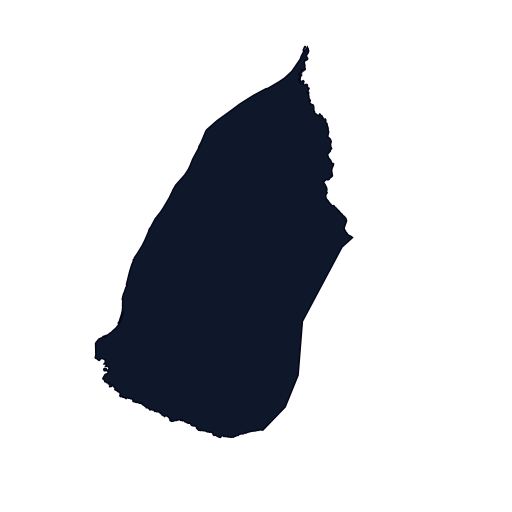 Pormpuraaw, Queensland, Australia (Mercator projection), rotated 39°
{"feature_id": "25037944B5517287997374", "entity_name": "Pormpuraaw", "entity_type": "district", "adm_level": 2, "iso_a3": "AUS", "parent_name": "Australia", "parent_adm1": "Queensland", "projection": "mercator", "projection_center": [141.801, -14.654], "detail": "fine", "context": "isolated", "style": "filled", "palette": "ink", "viewbox_px": 512, "rotation_deg": 39, "n_neighbors": 0, "source": "geoboundaries", "source_scale": "gbopen_adm2", "svg_char_len": 6073}
<svg xmlns="http://www.w3.org/2000/svg" viewBox="0 0 512 512"><g transform="rotate(39 256 256)"><path d="M164.5,61.4L165.0,66.6L164.5,67.5L165.4,72.1L166.5,75.2L167.7,90.1L166.2,99.9L164.2,106.4L160.3,116.8L159.2,119.2L158.6,119.5L158.1,120.6L153.0,132.7L147.9,147.7L144.0,162.8L140.6,175.2L138.3,188.6L138.3,190.1L141.8,202.0L142.8,207.1L143.6,208.5L145.8,220.3L148.1,227.8L149.0,231.7L149.6,238.0L149.0,251.4L150.0,257.5L150.4,258.5L152.0,265.5L153.7,276.9L154.2,281.8L154.2,287.7L154.6,288.2L154.2,289.2L154.2,290.1L156.1,300.0L156.1,302.5L156.6,302.8L156.7,303.8L157.3,305.0L159.8,314.0L161.0,319.5L162.3,329.5L162.6,334.0L163.0,334.3L163.2,335.2L163.0,336.3L163.5,336.6L164.1,338.0L165.0,341.1L167.6,347.6L173.1,359.4L173.6,360.1L174.6,360.5L174.7,362.4L176.5,367.1L176.7,368.3L177.8,370.9L179.3,373.8L179.7,373.6L184.3,379.5L185.0,380.1L185.6,381.4L186.4,382.3L188.2,386.0L190.9,392.9L191.0,394.5L191.4,395.0L191.6,394.9L191.4,393.9L190.7,391.8L188.2,384.9L186.9,382.7L186.9,382.3L187.5,382.6L188.3,383.5L190.1,387.3L190.9,390.2L191.7,392.1L192.4,395.6L192.5,400.3L191.9,403.7L191.6,406.6L191.2,407.4L189.5,414.6L188.7,415.0L188.7,414.2L189.5,413.2L189.3,412.5L188.0,414.6L187.7,416.0L187.8,417.1L187.2,417.4L186.2,419.1L186.1,423.8L186.4,425.0L193.8,433.7L195.0,436.2L195.7,436.4L197.0,436.0L199.6,436.0L200.0,435.5L199.9,433.8L200.1,433.3L201.3,432.3L203.0,431.8L204.2,431.9L205.6,433.0L205.9,434.1L205.7,435.2L205.9,435.6L206.8,434.7L207.3,434.5L208.5,435.1L208.5,436.3L210.2,435.2L211.4,435.1L212.0,435.3L213.1,436.8L213.0,437.8L212.8,438.2L212.0,438.5L210.6,437.9L209.7,438.0L209.1,438.6L208.8,439.5L209.3,440.2L210.0,440.6L210.6,440.5L211.6,439.4L212.5,438.9L213.8,438.9L214.3,439.3L214.6,440.8L213.3,443.0L213.8,446.6L214.2,447.8L216.3,447.8L217.5,448.8L218.4,448.3L219.8,448.4L220.9,447.6L221.9,448.3L222.8,447.6L223.2,447.7L224.0,448.1L224.0,449.3L224.5,449.7L225.7,448.4L225.5,447.0L226.4,446.5L227.6,447.2L228.8,446.9L229.4,447.0L229.8,447.4L230.1,448.4L231.0,448.7L232.1,448.0L232.9,448.1L233.5,448.5L234.4,448.0L236.2,448.0L237.6,448.8L237.9,450.0L238.6,450.6L239.2,450.6L239.8,449.5L241.1,449.7L241.9,449.2L243.8,448.5L244.8,448.6L245.0,448.1L244.7,447.6L244.8,447.0L246.3,446.7L247.6,445.9L248.9,445.7L249.5,444.9L250.3,444.9L251.6,446.1L252.1,446.4L254.1,445.4L255.1,445.2L255.5,444.5L258.1,443.7L259.5,442.9L259.9,442.1L260.3,442.6L260.9,442.5L261.1,442.8L261.7,442.9L263.2,442.5L264.2,442.7L265.4,442.5L266.2,443.0L267.0,442.3L268.5,441.9L270.4,442.4L271.5,441.0L272.6,440.7L273.5,440.0L275.2,440.5L276.0,439.6L276.8,439.5L278.2,438.5L280.1,437.9L280.6,438.0L280.8,438.5L282.0,438.0L282.8,438.6L284.6,438.4L285.2,438.0L285.9,438.3L286.2,437.3L286.8,436.6L288.7,436.2L291.2,436.6L292.7,437.9L294.3,437.7L295.5,436.6L296.5,434.8L297.6,434.0L299.2,431.6L300.4,430.9L300.9,431.2L301.4,430.8L301.6,430.0L302.6,430.3L303.6,429.3L304.3,429.2L305.4,429.6L306.7,428.8L307.7,429.0L308.9,428.4L309.7,427.6L310.6,427.6L312.3,428.1L313.4,427.9L315.6,426.5L316.9,426.1L317.2,426.2L318.2,427.2L321.0,427.5L323.1,426.3L324.0,425.2L325.2,424.9L326.6,423.7L328.3,423.5L329.0,423.2L329.3,422.6L329.8,422.6L330.2,422.1L330.4,422.3L330.8,422.2L331.4,421.5L333.5,420.7L334.0,420.8L335.1,421.8L336.1,421.9L337.5,420.6L338.4,420.7L339.4,420.2L340.4,420.3L342.3,419.6L342.6,418.8L342.3,417.4L343.2,416.5L344.6,416.5L345.2,415.9L347.5,414.4L348.4,414.2L349.2,413.2L350.6,412.8L351.2,411.9L352.6,410.9L352.8,409.4L353.4,409.0L354.1,407.5L355.0,406.8L355.2,405.1L356.4,403.6L357.6,402.7L358.3,401.7L358.4,400.5L358.7,400.2L359.3,400.2L359.7,399.9L360.1,398.7L363.2,394.5L364.2,393.8L364.3,393.4L364.9,392.8L365.3,392.6L365.9,392.0L366.0,391.4L367.8,389.8L368.4,388.6L370.9,387.0L373.7,355.0L363.7,322.1L333.2,277.6L317.2,194.9L319.4,180.9L317.7,180.9L315.3,181.5L313.9,181.6L312.1,181.0L310.5,180.8L309.5,180.1L308.2,180.0L306.9,178.6L306.3,177.5L304.4,171.9L303.2,170.8L302.0,170.2L299.5,169.7L297.9,169.9L296.5,169.3L295.1,169.5L292.2,168.8L290.0,168.7L287.9,168.3L286.7,168.5L285.5,167.9L284.5,168.0L283.8,169.0L283.3,169.3L281.6,168.7L279.3,168.5L278.0,167.9L274.7,167.3L273.1,166.3L271.7,164.4L271.5,162.1L270.1,161.4L269.3,159.7L268.0,158.6L264.9,157.1L262.0,156.3L262.3,152.6L262.6,152.2L263.7,151.7L264.5,150.9L264.6,150.4L264.3,149.3L264.9,146.9L265.0,145.6L261.0,142.0L260.0,140.2L258.9,136.6L258.3,135.6L257.6,135.6L257.0,136.4L253.8,134.7L250.6,134.0L248.3,132.6L247.6,131.5L247.7,127.7L247.2,126.8L247.1,124.8L245.8,124.3L244.5,123.2L243.4,122.0L242.5,119.8L241.4,119.0L239.7,118.3L237.8,118.3L236.5,118.0L234.5,114.0L233.9,113.4L232.6,112.6L231.6,111.2L229.3,109.8L227.8,108.4L226.6,108.4L226.0,108.1L225.3,107.4L224.9,106.6L223.7,105.9L223.2,106.6L221.4,107.3L221.1,106.5L220.7,106.7L220.5,106.4L218.9,105.6L217.3,105.9L216.7,105.4L216.0,105.7L216.1,106.1L216.5,106.4L216.3,106.7L216.3,107.5L215.8,108.0L213.4,107.8L212.2,108.2L211.5,108.1L211.1,107.3L210.1,106.9L208.8,105.9L207.7,104.4L205.8,102.8L204.9,102.8L203.4,103.3L201.7,103.3L200.4,102.2L200.7,101.5L200.2,100.9L198.8,100.4L197.9,100.3L197.0,99.0L195.8,98.1L195.6,97.7L194.8,97.7L194.2,96.9L194.6,96.5L194.3,96.1L193.9,96.9L193.3,96.7L193.0,96.9L193.1,95.5L192.5,95.0L192.1,94.1L191.4,93.6L191.5,93.3L192.0,93.0L191.7,92.3L191.2,92.3L190.3,92.9L188.2,90.7L187.7,90.6L186.9,91.1L186.6,92.5L185.9,92.9L184.3,92.1L183.3,90.1L182.4,90.0L181.9,90.8L182.0,91.6L182.7,92.0L182.7,93.2L182.5,93.6L182.0,93.7L180.8,93.5L181.0,92.2L180.4,91.9L180.0,92.3L179.3,91.2L178.8,91.3L178.2,91.8L178.3,91.3L177.9,90.9L178.6,90.1L178.3,89.4L177.3,88.6L177.8,87.4L177.8,87.0L177.5,86.6L176.7,86.8L175.6,88.2L174.5,87.7L174.6,86.4L175.6,86.0L176.3,84.9L175.3,83.2L174.2,82.5L174.9,82.4L175.6,82.9L176.1,82.7L176.5,82.1L176.4,81.1L176.9,80.1L175.0,78.4L174.0,77.0L172.9,76.3L171.6,75.1L171.2,74.2L171.3,73.1L172.2,71.4L172.2,70.5L171.7,69.8L170.8,69.8L168.9,68.4L168.6,65.1L167.9,63.5L165.8,61.9L165.4,62.1L164.5,61.4ZM163.0,63.0L162.8,62.4L162.5,62.2L162.2,62.4L162.3,63.4L162.9,65.7L163.3,66.5L163.7,66.7L164.3,66.4L163.5,66.0L163.0,64.8L162.8,63.6L163.0,63.0Z" fill="#0f172a" stroke="#020617" stroke-width="1.5"/></g></svg>